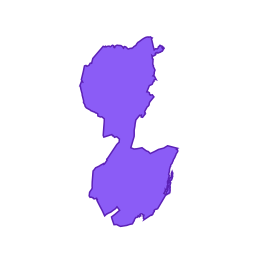 Ņukšu pag., Ludzas, Latvia (Natural Earth projection), rotated 303°
{"feature_id": "27541924B6946008427807", "entity_name": "Ņukšu pag.", "entity_type": "district", "adm_level": 2, "iso_a3": "LVA", "parent_name": "Latvia", "parent_adm1": "Ludzas", "projection": "natural_earth1", "projection_center": [27.716, 56.433], "detail": "fine", "context": "isolated", "style": "filled", "palette": "violet", "viewbox_px": 256, "rotation_deg": 303, "n_neighbors": 0, "source": "geoboundaries", "source_scale": "gbopen_adm2", "svg_char_len": 5791}
<svg xmlns="http://www.w3.org/2000/svg" viewBox="0 0 256 256"><g transform="rotate(303 128 128)"><path d="M50.3,141.5L46.9,147.4L44.5,151.7L42.2,155.3L41.6,156.3L44.5,157.0L44.8,157.5L45.8,157.8L47.0,158.7L48.4,159.5L50.7,160.3L53.4,161.4L54.7,161.6L55.9,161.7L54.5,165.8L48.8,164.2L44.4,162.6L42.8,164.4L39.3,168.9L40.9,171.1L41.1,173.6L41.4,175.3L45.6,180.0L47.9,181.8L50.0,183.9L50.6,183.9L52.1,183.7L53.3,183.7L55.2,183.2L56.7,183.3L57.1,183.2L58.1,184.4L60.0,184.3L60.0,184.6L59.6,185.3L59.5,185.7L60.2,185.7L60.8,186.1L61.2,186.6L61.4,186.5L61.5,186.1L62.0,185.1L62.9,185.5L63.2,185.7L63.6,186.7L63.5,187.3L63.4,187.7L63.6,188.8L63.2,189.0L62.6,188.6L62.4,188.6L62.3,189.1L61.7,189.6L60.7,190.0L60.7,190.6L60.5,191.0L60.2,191.2L59.7,191.3L67.0,194.5L67.5,194.8L67.5,195.1L68.0,195.3L68.0,195.5L68.4,195.6L69.1,195.8L70.8,195.4L72.3,195.5L72.7,195.3L72.9,194.9L73.4,194.8L74.7,195.3L75.8,196.4L76.2,196.6L76.5,196.8L92.8,196.1L92.7,193.7L94.4,193.7L96.3,193.2L96.7,192.9L96.5,193.5L97.0,193.5L97.3,193.6L98.3,193.6L99.0,193.3L100.7,192.5L101.8,192.2L102.1,192.2L101.9,192.9L101.0,193.7L100.7,193.9L100.4,194.0L99.6,194.0L98.7,194.4L98.2,194.4L97.9,194.7L97.9,195.0L97.2,195.2L95.1,195.0L93.1,196.1L92.7,196.5L92.9,196.7L94.5,197.2L95.2,198.0L96.1,197.9L96.5,198.3L98.5,197.4L98.6,197.2L99.1,197.0L99.7,196.5L99.8,196.2L100.4,196.1L100.5,195.7L101.3,195.7L101.6,195.5L101.6,195.2L102.7,194.5L102.6,194.4L102.7,194.2L103.0,194.3L103.2,194.1L103.4,194.2L103.7,194.2L104.2,194.0L105.0,193.8L105.5,193.5L105.3,193.1L104.6,192.6L104.6,192.2L105.4,192.8L107.2,192.2L107.5,192.3L108.0,192.8L108.5,192.8L108.9,192.5L110.0,192.4L110.7,192.0L111.3,192.0L111.8,191.8L112.2,191.5L112.2,191.1L112.3,190.9L113.7,190.6L114.3,190.3L115.0,189.6L115.2,189.2L115.2,188.9L115.4,188.7L114.7,188.8L113.7,189.0L112.8,189.5L112.4,190.0L112.1,190.2L110.2,190.8L109.9,190.8L108.8,190.4L107.2,190.4L106.6,190.9L104.7,191.2L104.3,191.4L103.8,191.9L103.3,191.8L103.1,191.7L103.1,191.4L103.2,191.2L103.7,191.0L104.2,190.5L104.8,190.2L106.0,190.0L107.4,189.9L107.6,189.7L107.7,189.4L110.8,188.6L110.8,188.2L110.9,187.9L111.3,187.3L111.6,187.3L112.1,187.0L114.1,186.4L116.0,185.3L118.6,184.5L119.2,184.6L119.4,184.4L120.6,183.9L122.3,184.2L123.4,183.9L125.1,183.7L126.1,183.3L128.0,183.3L128.5,183.2L129.2,183.2L129.8,183.0L131.4,182.8L132.3,182.5L135.4,182.5L136.1,182.0L136.3,181.9L136.5,181.3L136.7,181.2L136.4,180.3L137.2,180.1L137.9,180.5L134.7,170.9L130.6,168.9L126.7,165.3L123.1,163.3L118.7,160.6L119.3,157.8L118.9,156.4L118.8,155.5L119.1,150.5L117.2,148.6L115.3,146.6L113.6,144.4L113.0,141.1L124.1,137.8L125.7,136.9L129.5,134.4L133.5,132.7L135.4,131.7L139.0,130.2L145.0,130.8L145.0,131.4L146.1,132.2L144.4,133.1L144.9,134.4L149.2,134.8L149.1,134.4L150.3,134.0L150.5,133.2L151.9,132.9L156.1,132.6L157.6,133.1L158.8,133.1L160.8,132.2L162.2,132.1L168.2,132.8L169.1,130.3L167.8,129.0L168.1,128.5L167.8,127.9L169.2,126.7L169.2,125.3L168.6,124.1L175.2,122.8L177.3,124.2L178.0,124.5L180.2,124.0L181.2,124.4L182.3,123.7L183.9,124.6L184.0,125.2L185.0,123.3L185.9,121.9L185.4,120.6L186.5,120.8L187.0,120.7L187.7,120.5L188.8,119.8L189.6,119.5L191.3,119.1L193.0,116.3L193.5,115.6L194.1,115.4L194.7,114.3L195.7,113.6L197.7,112.5L198.8,111.8L199.1,111.8L199.5,111.3L199.4,110.8L200.1,110.1L200.6,109.9L201.3,109.1L201.8,108.6L201.7,109.4L201.9,109.8L202.3,110.2L204.3,111.2L204.9,111.2L205.3,110.9L205.4,110.7L205.1,110.5L205.2,110.4L205.6,110.3L206.0,110.4L206.6,111.1L207.2,111.2L207.2,111.3L207.0,111.6L207.0,111.9L207.0,112.1L207.4,112.5L208.5,113.2L209.4,114.0L210.7,114.4L211.1,114.9L212.2,114.9L213.2,114.8L214.5,114.9L215.0,113.9L214.7,113.7L214.1,113.8L213.6,113.6L213.7,113.0L213.9,112.7L214.6,112.7L215.1,112.5L215.2,112.2L215.1,111.5L214.7,110.9L214.7,110.6L214.9,110.3L214.9,110.1L214.7,109.7L214.4,109.6L213.5,109.8L212.8,109.3L211.3,109.7L210.5,109.5L210.1,109.3L209.7,108.3L209.5,108.0L208.9,107.7L207.8,107.4L210.1,104.8L214.5,100.3L215.4,99.2L216.7,99.3L216.5,98.2L216.7,97.3L215.3,95.7L215.4,95.4L214.6,94.4L213.5,93.4L211.9,92.5L210.2,91.7L206.4,90.3L205.3,89.7L203.6,89.5L201.6,89.6L199.4,88.6L198.1,88.4L197.4,88.1L197.1,88.0L197.2,87.8L197.1,87.7L196.5,87.3L196.0,86.4L194.7,85.5L194.4,85.2L194.3,84.4L194.5,83.6L194.7,83.1L194.8,82.4L194.8,82.0L194.6,81.0L194.3,80.6L193.9,80.5L192.7,80.8L192.4,80.7L192.9,79.9L193.1,79.5L193.2,78.4L193.2,77.9L193.3,77.3L192.7,76.0L192.3,75.6L191.8,74.2L191.5,73.8L191.0,73.3L189.5,72.7L188.9,72.8L188.6,73.0L188.2,73.1L188.0,72.9L187.9,72.5L189.1,71.2L189.1,70.4L189.0,70.1L188.8,69.8L186.8,69.1L186.5,68.8L186.4,68.4L186.4,67.5L185.6,66.7L185.1,66.0L184.7,65.9L184.0,65.3L184.0,64.8L184.2,64.5L183.2,64.0L183.0,62.7L167.2,60.6L162.4,62.2L162.0,61.2L161.7,61.0L159.3,61.1L157.6,60.1L157.4,59.9L157.3,59.6L157.6,58.9L157.6,58.7L156.4,57.7L154.7,58.3L151.2,59.7L143.0,62.6L142.3,64.2L141.8,64.9L141.4,63.7L137.8,64.5L137.4,64.9L137.0,64.8L137.0,65.3L134.7,67.5L132.9,69.5L131.8,70.8L130.7,71.6L126.5,76.1L125.2,76.7L124.1,78.9L122.8,80.3L122.2,82.1L122.5,86.6L122.3,87.5L122.7,89.3L122.7,89.9L123.0,90.8L123.2,91.2L123.0,92.6L123.3,93.1L123.5,94.8L121.7,96.2L122.2,98.8L123.1,99.8L123.1,100.3L122.8,103.1L120.2,104.7L108.3,111.2L107.2,112.7L113.7,118.0L113.0,119.3L113.6,119.8L113.3,120.6L112.8,121.7L114.5,123.1L114.5,123.6L114.3,125.5L114.1,126.2L114.1,126.8L111.2,128.3L109.2,127.8L108.0,127.6L90.8,127.4L90.3,127.1L90.1,127.2L89.5,128.0L85.1,127.8L84.4,127.5L84.9,126.9L81.4,125.0L80.9,124.9L78.4,123.4L77.0,122.5L73.8,122.3L73.2,122.1L72.6,122.3L63.4,127.3L59.6,129.6L58.3,130.6L57.1,130.9L55.2,130.8L53.2,130.8L49.9,132.4L49.2,134.0L50.0,134.7L50.2,136.2L50.5,136.4L50.5,136.6L50.0,137.5L50.0,137.9L50.4,138.6L50.9,139.0L51.2,139.3L51.9,139.9L51.2,140.6L51.4,140.8L51.4,141.2L50.9,141.4L50.3,141.5Z" fill="#8b5cf6" stroke="#5b21b6" stroke-width="1.5"/></g></svg>